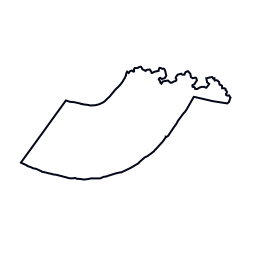 outline of Jarra East, Lower River, Gambia, rotated 36°
{"feature_id": "56634734B99377934241318", "entity_name": "Jarra East", "entity_type": "district", "adm_level": 2, "iso_a3": "GMB", "parent_name": "Gambia", "parent_adm1": "Lower River", "projection": "robinson", "projection_center": [-15.258, 13.452], "detail": "fine", "context": "isolated", "style": "outline", "palette": "ink", "viewbox_px": 256, "rotation_deg": 36, "n_neighbors": 0, "source": "geoboundaries", "source_scale": "gbopen_adm2", "svg_char_len": 2853}
<svg xmlns="http://www.w3.org/2000/svg" viewBox="0 0 256 256"><g transform="rotate(36 128 128)"><path d="M61.8,219.0L68.0,217.7L68.5,217.9L69.6,217.7L72.7,216.7L74.8,216.4L77.8,215.0L79.4,214.7L83.3,213.9L83.9,214.0L87.1,212.6L88.7,211.9L89.7,211.6L93.5,209.9L94.4,209.7L97.5,208.0L106.6,204.4L107.5,204.1L110.3,203.0L112.4,201.6L114.8,199.4L115.1,199.4L116.3,199.2L119.5,197.2L122.5,195.7L125.8,192.7L127.7,190.5L135.1,185.1L137.0,181.8L139.1,179.8L139.9,178.5L140.5,177.7L144.4,172.4L147.8,168.4L148.7,167.8L152.9,160.0L153.2,159.6L156.0,153.2L157.2,150.4L157.2,149.2L158.8,142.0L160.3,139.3L162.7,131.6L162.7,130.1L163.0,128.5L163.3,125.8L164.1,118.3L164.0,113.4L163.8,113.1L164.2,113.1L165.1,110.7L164.9,106.5L164.7,101.0L164.7,97.1L164.7,96.3L164.2,92.9L164.3,83.1L164.6,81.8L164.6,79.5L164.1,74.6L162.9,64.1L166.8,62.4L180.7,56.5L193.8,49.8L194.3,47.9L194.4,47.7L193.0,43.1L192.4,43.1L190.6,42.2L189.2,43.5L187.9,43.6L187.2,42.7L187.3,41.6L186.5,40.3L184.5,39.9L184.1,39.1L182.8,39.1L180.8,40.5L179.5,38.9L179.1,38.5L178.4,38.6L176.8,39.1L176.6,39.1L175.9,38.4L174.4,37.2L171.9,37.1L171.2,37.6L170.2,38.6L169.4,37.9L168.7,37.0L168.1,37.9L167.8,38.0L166.6,37.3L166.1,37.3L165.0,38.5L162.1,41.7L165.1,44.5L167.8,44.6L167.8,47.3L167.7,49.4L166.6,49.8L165.5,49.9L163.6,51.3L162.3,53.0L162.0,53.5L161.1,55.8L159.4,56.9L158.8,56.3L157.7,55.9L156.7,56.4L156.1,56.7L155.1,55.9L155.0,55.4L156.0,53.6L156.0,52.9L155.8,51.7L155.8,49.1L154.0,47.5L153.6,47.5L152.8,47.8L150.9,49.8L148.9,49.8L146.7,47.6L143.5,46.8L143.1,46.8L141.8,48.8L141.8,49.8L142.3,51.7L140.7,52.9L139.1,52.8L136.8,55.7L136.8,58.4L137.2,59.6L138.4,60.1L139.0,60.8L139.0,61.8L137.6,63.7L136.8,65.6L136.7,65.7L135.8,66.4L132.4,66.1L128.8,69.9L129.0,71.6L129.0,72.0L129.0,72.5L127.9,72.5L126.4,71.3L124.3,70.6L124.1,69.2L124.7,68.4L125.5,68.5L126.0,68.5L126.5,68.5L128.4,66.2L128.2,63.1L123.8,59.4L122.4,59.0L121.9,59.0L120.8,60.1L119.2,60.2L118.2,60.8L118.5,62.6L119.2,63.8L116.4,66.9L115.7,68.3L115.4,69.0L114.7,69.5L113.4,68.7L111.2,67.9L109.3,69.6L108.8,70.2L108.7,71.5L105.1,72.0L103.3,71.0L102.5,70.9L102.3,70.9L101.7,71.5L101.3,72.0L100.7,73.3L100.5,73.9L98.2,75.6L98.2,76.6L98.4,77.2L99.5,78.3L99.6,78.9L99.0,79.3L97.9,79.2L97.1,79.5L96.2,81.1L96.2,83.1L94.2,82.9L94.2,83.7L94.5,84.6L94.7,85.1L94.9,85.9L95.5,86.7L95.7,88.2L96.0,89.4L96.1,91.2L96.4,93.4L96.3,97.8L96.2,97.9L95.9,100.9L95.9,101.2L95.6,102.0L95.1,105.6L95.1,107.1L95.0,108.5L94.9,108.9L94.8,111.6L94.7,112.8L94.7,113.3L93.9,117.2L93.7,118.7L93.6,119.3L93.3,120.6L92.8,122.0L91.8,123.7L91.3,124.7L91.0,125.4L90.0,126.6L88.5,128.4L88.1,128.9L87.3,129.5L85.4,131.0L84.6,131.8L83.4,132.3L81.7,133.0L80.9,133.5L77.5,135.4L76.9,135.4L75.5,136.3L74.8,136.3L72.4,137.4L69.1,138.8L67.6,139.8L65.2,141.1L61.6,142.2L61.6,142.3L61.6,158.0L61.7,181.4L61.7,219.0L61.8,219.0Z" fill="none" stroke="#020617" stroke-width="2"/></g></svg>